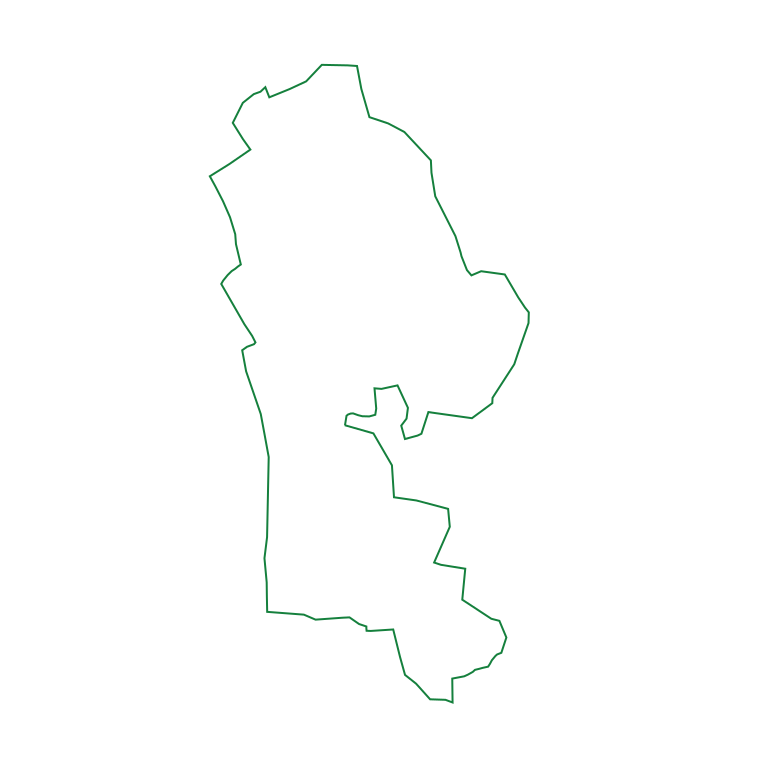 the district of Kazaure, Jigawa, Nigeria, rotated 84°
{"feature_id": "59680162B26576505992161", "entity_name": "Kazaure", "entity_type": "district", "adm_level": 2, "iso_a3": "NGA", "parent_name": "Nigeria", "parent_adm1": "Jigawa", "projection": "albers", "projection_center": [8.533, 12.668], "detail": "fine", "context": "isolated", "style": "outline", "palette": "green", "viewbox_px": 768, "rotation_deg": 84, "n_neighbors": 0, "source": "geoboundaries", "source_scale": "gbopen_adm2", "svg_char_len": 1701}
<svg xmlns="http://www.w3.org/2000/svg" viewBox="0 0 768 768"><g transform="rotate(84 384 384)"><path d="M60.1,412.5L74.9,429.8L80.8,447.0L86.9,468.1L76.4,471.0L80.4,476.3L82.1,483.2L89.6,495.0L108.5,507.1L125.7,498.7L136.9,492.4L149.1,514.8L159.2,535.5L169.7,531.1L185.4,525.0L202.1,519.7L219.5,516.3L229.4,516.6L250.2,513.9L251.9,517.0L253.9,520.0L255.8,523.7L259.3,528.1L264.3,533.1L267.5,535.4L310.0,516.6L322.4,510.1L329.2,507.5L330.8,509.1L332.7,516.4L335.6,521.5L357.0,519.8L401.0,509.7L421.1,508.1L444.6,506.3L524.1,516.3L544.8,521.1L569.0,521.4L583.1,522.7L598.4,524.0L605.0,487.8L611.2,476.7L612.1,449.7L612.5,442.7L620.1,433.9L623.3,426.9L625.5,427.1L627.6,427.1L628.2,423.1L629.1,400.5L657.1,396.6L675.5,393.5L685.4,383.4L702.4,371.1L704.5,355.9L707.9,349.1L684.1,346.9L683.1,334.8L681.8,330.9L679.6,325.8L677.8,323.4L677.2,319.0L676.6,315.4L676.0,310.0L673.4,307.9L670.0,305.6L666.1,301.6L664.8,299.8L663.6,295.4L648.9,288.8L631.6,294.0L628.7,301.8L606.7,328.7L576.2,322.5L569.8,346.2L566.8,352.8L532.9,333.5L514.9,333.3L503.2,364.0L497.7,385.9L465.7,384.6L432.0,399.7L420.9,427.3L420.9,427.1L411.7,424.6L410.6,423.0L409.9,420.2L410.0,417.8L412.3,413.0L413.8,408.9L414.7,402.0L413.7,395.9L407.6,394.3L387.3,393.9L388.6,387.0L386.8,370.7L410.2,362.7L420.8,365.2L427.2,371.2L440.9,368.9L438.8,356.0L437.4,352.0L416.6,342.8L427.2,300.1L414.4,278.3L409.1,277.5L378.0,252.4L367.5,247.6L338.5,233.9L327.9,232.5L322.7,235.8L312.0,241.4L287.7,252.4L282.0,275.6L285.1,285.7L279.4,289.6L265.0,293.6L261.1,294.1L244.4,297.5L202.7,313.4L178.9,314.7L166.5,314.0L135.5,337.4L125.3,352.6L117.1,370.6L88.2,375.7L64.9,377.6L63.3,386.9L60.1,412.5Z" fill="none" stroke="#15803d" stroke-width="2"/></g></svg>